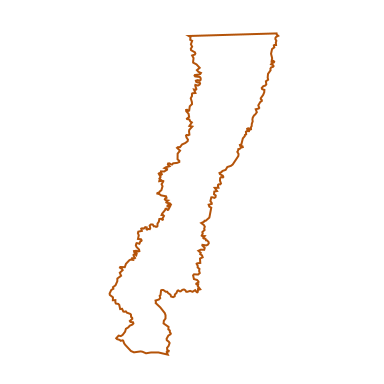 Ulloa, Valle del Cauca, Colombia (Robinson projection), rotated 274°
{"feature_id": "7082276B37156056726077", "entity_name": "Ulloa", "entity_type": "district", "adm_level": 2, "iso_a3": "COL", "parent_name": "Colombia", "parent_adm1": "Valle del Cauca", "projection": "robinson", "projection_center": [-75.783, 4.708], "detail": "fine", "context": "isolated", "style": "outline", "palette": "amber", "viewbox_px": 384, "rotation_deg": 274, "n_neighbors": 0, "source": "geoboundaries", "source_scale": "gbopen_adm2", "svg_char_len": 6050}
<svg xmlns="http://www.w3.org/2000/svg" viewBox="0 0 384 384"><g transform="rotate(274 192 192)"><path d="M347.4,177.9L346.5,179.7L343.7,179.6L342.8,181.6L339.3,180.6L337.0,182.0L334.8,180.8L333.4,181.2L331.5,185.2L330.3,185.7L329.3,185.2L328.2,182.6L325.7,184.2L321.6,184.0L321.1,184.2L319.6,187.6L316.4,191.0L313.9,188.4L312.3,190.0L311.4,192.6L310.3,192.0L309.7,190.8L308.9,186.7L308.3,186.4L307.5,187.1L307.3,191.8L306.2,192.7L304.5,192.8L303.7,192.0L304.0,189.7L303.3,188.1L302.2,188.5L301.7,189.8L301.6,192.1L300.7,192.5L299.6,192.0L298.6,190.5L299.1,187.9L298.3,187.8L294.9,189.2L294.2,188.6L294.4,186.8L291.0,188.5L290.5,185.5L289.9,185.1L287.7,185.3L285.4,184.2L281.8,185.6L279.7,185.9L277.4,183.8L273.0,183.5L272.7,182.9L273.7,181.3L273.4,180.4L272.2,180.6L269.8,183.1L266.7,183.9L264.8,181.8L264.4,182.0L264.1,184.4L262.3,185.3L261.4,187.0L257.7,184.8L257.3,187.7L253.9,185.0L252.4,184.8L249.0,185.4L248.4,184.4L248.5,182.6L247.9,182.1L246.0,182.7L244.0,184.3L242.4,184.1L240.4,181.9L238.7,178.7L236.0,177.0L235.7,174.7L235.0,174.0L232.4,177.2L229.3,175.0L223.7,175.3L222.1,177.2L221.0,177.2L220.0,175.1L219.3,171.2L218.0,170.2L218.1,169.1L219.0,167.5L218.8,166.2L217.8,166.0L216.1,167.8L214.8,164.1L213.9,162.9L213.1,165.6L212.4,165.5L210.5,162.8L210.4,159.6L209.6,159.5L207.6,160.7L207.1,160.2L208.5,158.0L208.0,157.5L204.8,159.6L203.2,158.6L202.3,159.7L201.5,158.7L200.5,158.6L201.1,161.7L200.9,162.6L200.5,162.6L197.7,161.1L195.7,162.2L191.6,161.3L190.2,159.7L189.2,159.3L188.6,157.6L188.0,157.5L187.6,159.7L186.5,161.3L185.9,166.4L184.4,167.0L183.7,165.7L182.7,165.4L182.1,166.2L181.8,168.7L180.5,167.3L179.8,167.1L179.4,168.1L179.2,170.6L178.1,171.8L177.6,171.4L177.7,169.7L176.8,168.5L176.1,168.5L175.8,169.1L176.1,171.1L172.6,169.6L172.4,168.9L173.6,167.8L173.4,166.8L172.1,166.4L168.3,163.7L166.9,163.3L167.0,164.8L166.2,165.7L163.7,164.5L162.5,164.9L162.2,164.4L163.1,163.0L162.8,161.3L160.1,161.0L158.1,159.8L155.5,159.9L154.9,159.4L154.7,158.5L155.3,157.3L155.1,156.3L156.8,155.1L156.8,153.3L155.6,152.1L153.0,152.9L152.0,152.5L152.1,151.1L151.3,149.8L151.9,149.1L153.5,149.3L153.7,147.8L152.1,146.4L152.3,144.7L151.9,143.9L149.7,144.7L148.7,141.2L147.2,140.9L145.1,141.9L141.4,141.4L141.3,144.4L140.3,145.1L139.6,144.9L139.1,143.9L136.7,143.1L137.2,140.5L136.9,140.1L134.8,139.7L133.3,140.5L130.9,143.2L129.3,143.6L129.0,142.8L129.5,140.3L129.0,138.3L128.0,138.6L127.6,140.7L127.1,141.2L125.0,140.8L126.1,139.2L125.4,138.1L124.4,138.2L122.2,139.8L121.7,139.3L121.8,136.9L121.1,136.8L120.2,137.5L120.3,135.5L119.6,134.3L115.7,131.1L112.3,130.2L112.2,125.7L111.5,125.4L110.2,127.7L109.2,128.3L106.4,125.6L103.5,127.1L100.5,123.6L97.7,123.7L93.6,122.2L91.5,119.8L90.0,120.3L88.6,118.3L85.0,116.9L83.6,117.2L81.4,120.5L78.5,120.6L78.8,123.1L76.3,123.3L75.4,123.9L75.2,126.3L74.3,127.3L70.2,128.5L70.6,130.4L68.0,131.8L67.8,132.7L68.3,134.3L67.1,135.4L66.1,138.9L65.5,139.6L63.1,140.0L62.3,141.1L61.3,141.3L59.0,139.0L58.1,139.7L57.9,142.3L56.7,142.7L55.6,141.8L54.3,139.2L52.6,138.0L50.9,135.6L48.0,135.0L44.5,132.7L43.3,131.0L43.6,128.8L40.8,126.6L40.0,127.5L39.4,130.2L38.6,131.2L39.2,133.2L38.9,133.7L36.2,134.9L34.8,136.1L29.1,142.2L28.0,145.3L29.4,151.9L29.2,153.7L27.9,157.4L29.0,161.9L29.6,169.6L28.1,179.2L30.6,177.9L31.1,178.3L31.2,179.7L31.9,179.9L32.7,178.3L34.8,178.0L36.8,179.4L39.8,180.2L41.1,179.2L42.4,177.2L43.8,176.9L47.1,178.4L48.6,180.5L49.4,180.7L50.6,179.7L52.3,179.5L53.3,178.0L55.8,178.0L58.9,172.8L61.6,172.9L63.9,174.4L67.2,174.2L69.3,173.3L74.7,168.4L78.7,163.5L79.7,163.7L81.2,163.2L82.4,166.4L83.9,167.7L86.2,167.0L87.0,167.8L91.7,168.0L92.2,168.9L92.2,170.3L90.7,172.7L90.8,174.2L89.6,175.1L88.0,177.7L86.3,178.4L85.8,180.5L86.7,182.0L88.6,182.1L90.1,183.5L92.5,184.4L92.9,185.1L92.1,186.5L92.1,187.6L93.7,189.2L94.2,190.8L93.5,192.2L92.1,193.2L92.1,194.2L93.2,197.0L92.5,199.5L94.3,202.0L92.4,203.7L92.3,204.4L92.7,204.7L95.9,204.8L95.9,205.4L95.1,205.9L95.5,207.0L98.6,204.3L100.1,204.6L100.2,203.0L100.6,202.6L101.1,202.8L102.2,204.7L103.1,204.7L104.6,203.2L105.3,200.0L108.9,198.9L110.0,199.7L110.1,203.9L111.7,205.4L113.7,204.6L115.8,204.8L117.1,202.9L118.7,202.9L120.7,201.6L121.2,202.1L121.8,205.2L126.2,204.6L127.6,207.2L129.5,206.4L130.6,204.5L131.9,205.0L133.8,202.5L135.1,204.8L135.2,208.2L137.1,208.6L139.4,206.0L140.0,206.1L139.7,209.9L140.5,211.4L142.0,212.3L143.3,212.0L144.8,210.3L144.8,209.3L146.3,208.7L146.4,207.1L147.0,206.4L148.9,207.7L148.8,205.2L149.1,204.7L151.2,205.6L152.7,205.1L155.0,207.2L156.3,206.7L158.3,207.2L159.9,206.1L161.7,203.4L163.2,206.1L164.2,206.5L164.2,207.6L167.7,211.1L177.7,212.3L178.6,210.3L180.5,209.5L181.5,212.5L182.3,212.5L184.2,211.0L188.0,211.6L188.2,212.3L187.7,214.8L188.5,215.8L190.2,215.9L191.3,214.1L194.0,214.2L194.7,216.9L197.7,214.4L198.1,218.1L199.6,217.5L201.0,217.5L201.5,218.1L201.6,219.6L202.5,220.3L205.3,219.1L207.8,219.1L208.8,219.9L208.7,221.8L209.2,222.2L210.4,221.6L211.8,218.6L212.9,218.1L213.9,220.0L215.1,220.9L216.4,224.0L219.4,225.5L220.8,229.0L222.3,230.7L231.1,235.7L233.2,235.8L235.2,234.4L236.5,235.1L238.0,235.2L238.3,236.5L239.7,237.8L240.3,239.5L241.1,239.2L241.4,236.8L242.3,236.5L242.9,237.9L249.1,239.0L251.3,240.7L252.6,240.8L253.3,242.0L255.9,241.6L256.5,242.4L256.7,244.6L257.3,244.6L258.2,242.8L258.9,242.6L259.5,243.6L259.2,244.9L258.3,245.7L258.7,246.5L260.5,246.2L261.8,246.9L264.2,246.9L266.7,247.6L268.5,247.2L270.4,247.4L272.7,248.5L273.8,249.7L276.1,251.1L279.0,249.8L279.9,252.7L280.6,253.2L283.1,252.1L286.5,253.8L287.7,255.3L288.6,255.2L289.4,254.2L290.3,254.0L293.8,256.2L296.5,257.1L298.9,257.1L299.5,254.8L300.6,254.3L302.5,255.7L303.3,257.7L304.5,258.6L307.6,258.0L309.3,260.1L311.5,259.5L315.2,259.6L318.9,261.9L320.5,261.6L321.8,262.3L322.6,264.2L323.3,264.6L324.2,264.0L324.9,262.0L325.8,262.6L327.0,264.6L327.7,264.9L328.5,264.1L327.9,262.3L331.1,262.6L335.4,261.2L340.2,261.9L342.0,264.0L344.0,263.4L344.4,263.9L344.5,265.6L346.8,265.2L348.7,265.6L350.4,264.5L351.6,264.5L352.7,265.2L353.8,267.1L355.1,265.5L356.1,265.3L347.4,177.9Z" fill="none" stroke="#b45309" stroke-width="2"/></g></svg>